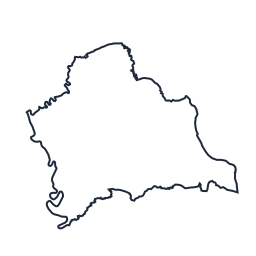 outline of Ban Sang, Prachin Buri, Thailand, rotated 348°
{"feature_id": "78962969B49210978895600", "entity_name": "Ban Sang", "entity_type": "district", "adm_level": 2, "iso_a3": "THA", "parent_name": "Thailand", "parent_adm1": "Prachin Buri", "projection": "mercator", "projection_center": [101.25, 13.956], "detail": "fine", "context": "isolated", "style": "outline", "palette": "slate", "viewbox_px": 256, "rotation_deg": 348, "n_neighbors": 0, "source": "geoboundaries", "source_scale": "gbopen_adm2", "svg_char_len": 5713}
<svg xmlns="http://www.w3.org/2000/svg" viewBox="0 0 256 256"><g transform="rotate(348 128 128)"><path d="M141.6,48.4L141.2,47.8L142.1,47.5L141.5,46.6L140.8,46.9L140.3,46.0L139.7,45.6L139.8,44.4L139.5,43.9L131.4,42.3L129.5,42.5L126.5,42.2L120.7,43.4L119.1,43.4L117.3,44.1L111.6,45.0L111.1,45.7L104.3,46.8L103.9,46.7L102.3,47.8L103.2,48.2L103.4,49.6L101.3,50.6L100.3,49.3L99.2,49.8L97.9,49.4L97.0,49.4L95.9,48.3L94.4,48.6L91.1,47.4L90.6,48.1L90.3,49.9L88.4,52.2L87.0,53.2L86.4,55.1L84.7,55.6L83.0,55.0L82.0,55.8L82.2,57.4L83.0,58.5L83.0,59.4L82.4,60.3L81.2,61.2L80.9,61.8L80.4,64.1L80.6,65.4L80.3,66.1L79.7,66.8L78.2,67.8L77.6,68.9L78.3,70.4L79.7,71.3L80.2,71.9L80.4,72.7L80.4,73.2L79.3,73.7L78.8,73.7L77.5,72.9L76.6,71.9L75.6,72.4L75.0,73.0L75.2,73.8L76.5,75.6L77.0,78.2L77.8,79.7L77.8,80.6L77.5,81.3L76.9,81.5L75.4,80.3L74.6,80.1L71.8,80.9L69.6,82.3L66.5,82.7L62.8,82.6L62.7,83.0L63.3,85.1L62.7,86.2L62.1,86.5L61.0,86.0L60.2,84.3L59.4,83.2L58.5,83.0L56.8,85.5L56.8,86.2L57.4,88.0L57.0,88.9L56.2,89.1L55.6,88.9L54.3,85.8L53.6,85.4L52.8,85.5L52.1,86.3L51.7,87.5L51.8,88.2L53.2,90.1L53.2,90.7L52.9,91.0L52.1,91.0L50.3,90.2L48.5,90.9L47.8,90.8L47.1,90.3L45.9,89.0L45.6,88.9L45.3,90.7L44.5,91.8L40.3,93.7L38.0,95.4L37.1,95.1L36.2,94.3L36.1,93.2L36.4,91.1L36.0,90.5L35.4,90.3L34.2,90.6L32.2,91.5L32.6,92.2L33.1,95.3L33.5,102.2L34.9,107.0L35.7,113.6L35.4,114.7L34.5,115.7L33.4,116.2L31.4,116.7L31.1,117.5L31.1,118.6L32.1,120.1L33.9,121.8L36.0,122.5L38.8,122.7L39.8,123.5L39.8,126.7L40.0,127.7L40.5,128.7L42.1,130.6L42.9,132.2L44.6,137.6L44.9,142.6L44.5,143.9L43.3,145.6L42.8,146.8L42.6,147.5L42.9,148.2L43.9,148.9L44.6,148.9L45.4,148.5L46.5,147.4L47.4,145.9L48.1,145.3L49.0,145.5L49.5,146.5L48.9,149.9L49.7,152.3L49.6,152.9L43.6,160.8L42.8,162.9L42.8,163.9L43.5,167.4L42.7,169.1L42.6,170.0L43.1,171.3L45.4,174.2L45.4,175.3L44.7,176.2L43.9,176.5L41.4,175.8L39.3,175.8L38.1,176.7L37.6,178.6L38.2,180.4L39.4,181.8L40.2,182.3L41.3,182.3L43.6,181.1L44.6,180.3L47.9,176.3L49.1,176.2L49.7,176.4L50.0,176.8L50.4,178.3L50.5,180.1L50.1,181.6L44.7,188.3L42.9,189.7L41.6,189.7L40.9,189.3L39.0,187.2L36.9,183.5L36.0,183.0L34.7,183.2L33.4,184.1L32.8,185.2L32.6,186.5L32.8,188.3L33.6,190.9L35.9,195.1L37.1,196.4L38.0,197.1L41.5,198.8L45.0,201.0L48.8,201.9L49.5,202.8L49.5,204.8L48.9,206.1L48.3,206.6L46.8,207.5L40.0,209.1L39.6,209.4L39.2,210.3L39.3,211.0L39.9,211.7L41.1,212.2L42.4,212.2L44.0,211.8L47.4,210.5L49.2,210.4L50.3,210.9L52.2,208.3L52.4,207.7L53.3,207.3L53.6,206.5L54.3,206.7L54.7,206.3L56.1,206.5L57.0,206.0L58.1,207.1L58.8,206.8L59.8,206.9L60.6,206.4L60.9,205.9L60.7,205.4L61.2,205.1L60.5,204.0L60.6,203.7L61.5,203.9L62.4,203.6L63.5,204.4L65.5,204.4L66.0,204.1L66.3,203.3L66.9,203.0L67.9,203.0L68.7,201.0L70.4,200.2L71.3,199.4L71.4,198.0L71.7,197.4L72.8,197.4L73.7,196.6L76.1,196.2L76.2,195.7L75.5,194.9L75.9,193.9L76.9,193.7L78.8,193.8L79.2,193.6L79.6,193.9L80.7,193.4L80.8,192.9L80.2,192.2L80.1,191.9L81.0,190.6L84.1,190.3L86.1,191.1L86.9,190.5L87.2,190.9L87.4,191.7L88.4,192.3L89.2,191.9L89.6,192.2L90.0,192.0L90.7,192.3L91.1,191.7L94.0,192.2L95.3,191.6L96.0,192.1L97.7,191.4L97.8,191.2L97.4,190.5L97.4,189.7L98.3,188.9L98.1,187.7L98.5,186.7L98.3,186.3L97.6,186.2L97.2,185.7L96.4,184.1L96.7,184.1L98.1,184.3L99.9,184.2L102.6,185.7L105.5,186.3L107.7,187.1L112.3,189.6L114.1,190.9L116.0,192.4L116.2,192.8L115.9,193.3L116.8,194.6L116.6,195.7L115.9,197.0L116.5,199.1L119.0,200.4L120.6,198.7L123.1,198.4L124.7,197.4L126.8,197.7L128.6,197.2L130.0,195.8L131.3,193.8L133.6,193.1L134.7,192.1L136.0,192.0L137.8,192.6L141.6,190.3L143.2,191.0L144.3,192.4L146.2,192.6L147.4,192.1L147.9,192.5L147.8,193.4L148.0,193.8L151.2,194.7L153.1,195.7L154.7,195.0L155.6,196.2L156.0,196.2L156.5,195.2L157.1,195.0L158.4,195.2L158.6,195.9L159.1,195.9L159.5,195.4L159.8,194.2L161.4,193.8L162.4,193.2L165.3,193.9L168.3,195.4L171.1,198.6L172.4,199.0L176.7,199.2L179.8,199.7L184.0,199.8L184.8,199.5L186.6,197.1L186.9,197.5L187.3,198.8L186.4,201.1L186.9,202.3L186.8,204.4L188.6,205.4L189.4,205.4L191.7,206.1L192.8,204.8L194.6,200.1L195.8,198.2L197.4,197.3L198.6,197.6L199.5,197.3L200.4,198.8L201.4,199.1L202.1,199.7L202.3,201.0L202.7,201.8L202.4,202.3L204.3,203.2L206.1,205.8L209.0,205.7L212.2,209.1L217.1,211.2L221.8,213.8L222.3,207.7L222.7,205.3L222.3,202.0L222.2,199.1L223.0,196.2L223.2,194.0L224.1,193.4L223.9,192.5L224.5,191.8L224.8,191.0L224.7,189.4L224.9,188.4L224.4,187.9L224.0,186.6L222.0,185.2L219.8,184.2L217.2,180.8L216.5,180.2L212.4,178.5L208.4,177.7L204.1,175.1L200.9,171.2L199.0,167.1L196.9,161.1L196.5,157.7L194.1,150.2L194.0,149.2L194.8,148.6L195.0,148.0L194.3,145.7L194.2,141.5L194.8,136.4L195.8,134.1L196.2,132.2L198.5,129.5L198.9,128.4L198.7,125.6L198.9,124.4L197.8,120.8L197.4,120.3L195.3,119.0L194.2,116.8L194.0,115.7L194.4,113.2L194.2,112.5L191.9,109.0L191.4,108.8L191.1,108.9L189.9,110.6L183.7,111.8L179.6,111.1L177.8,109.9L175.8,111.1L174.3,109.7L171.1,109.2L170.4,108.3L170.0,106.4L168.7,104.0L169.0,101.7L167.6,100.9L168.5,99.8L167.2,98.0L168.0,96.8L167.6,94.5L165.7,90.9L163.8,89.4L161.5,85.7L159.3,84.2L154.4,82.5L152.4,82.3L148.3,82.9L146.5,82.9L146.5,81.9L145.8,81.5L145.7,81.1L147.2,81.1L147.3,80.7L147.0,80.4L145.9,80.3L145.8,80.0L147.2,78.5L147.2,78.1L147.1,77.8L145.3,78.8L144.7,78.7L144.7,77.4L145.6,76.1L144.6,75.5L145.2,74.4L143.0,72.6L143.1,72.2L143.5,72.1L145.2,72.3L145.3,71.1L145.7,69.6L145.2,68.7L145.2,68.1L145.8,67.1L147.4,66.3L147.2,63.6L145.7,62.5L145.2,61.6L146.3,59.8L146.2,58.1L145.9,57.9L145.0,58.2L144.6,58.0L144.5,55.8L144.2,55.1L144.4,54.6L145.5,54.3L145.8,52.9L144.2,52.9L143.9,52.7L144.3,52.0L145.9,51.4L145.6,51.1L145.1,51.2L144.6,50.0L144.1,49.9L143.9,48.8L142.9,48.6L142.6,49.1L142.4,48.8L141.3,49.3L140.9,49.1L140.9,48.9L141.6,48.4Z" fill="none" stroke="#1e293b" stroke-width="2"/></g></svg>